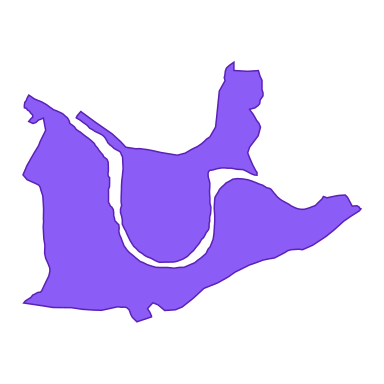 Nag Hammadi, Qina, Egypt
{"feature_id": "37247803B20461221508658", "entity_name": "Nag Hammadi", "entity_type": "district", "adm_level": 2, "iso_a3": "EGY", "parent_name": "Egypt", "parent_adm1": "Qina", "projection": "natural_earth1", "projection_center": [32.278, 26.068], "detail": "fine", "context": "isolated", "style": "filled", "palette": "violet", "viewbox_px": 384, "rotation_deg": 0, "n_neighbors": 0, "source": "geoboundaries", "source_scale": "gbopen_adm2", "svg_char_len": 5586}
<svg xmlns="http://www.w3.org/2000/svg" viewBox="0 0 384 384"><path d="M28.7,121.5L33.0,123.5L35.9,122.5L38.6,120.0L41.4,119.0L43.4,118.1L45.5,129.5L45.7,130.3L40.5,140.8L40.1,141.7L38.6,145.6L34.0,153.2L30.0,160.1L29.8,160.6L26.9,165.6L25.9,168.1L24.6,171.1L23.0,174.9L27.1,179.7L27.6,179.9L32.0,181.9L35.6,183.5L38.2,184.8L38.8,185.1L40.2,187.3L40.9,190.1L42.8,195.8L43.3,203.5L43.6,209.7L43.4,219.0L43.6,221.3L43.2,226.8L43.3,228.7L43.8,238.4L43.9,239.1L44.9,245.3L44.6,253.1L45.7,258.4L48.1,263.7L49.8,268.2L49.9,271.3L48.8,276.0L45.6,282.5L43.7,286.5L41.8,290.5L40.5,292.2L38.3,292.3L36.3,293.2L34.9,294.1L32.8,295.0L30.8,297.5L28.1,299.2L26.2,300.4L25.3,301.0L23.7,303.0L35.9,304.8L43.1,305.9L53.1,307.5L71.6,307.7L82.3,309.3L94.0,310.1L101.5,310.3L107.1,309.1L117.6,306.8L121.9,307.3L124.7,307.1L126.9,307.7L129.2,309.9L130.8,314.4L132.4,317.4L136.9,321.8L151.5,316.9L151.5,316.1L149.9,312.3L147.5,308.6L151.1,304.7L152.9,302.8L158.0,304.8L164.7,310.5L175.3,309.8L182.2,307.0L193.1,298.4L203.9,288.4L217.8,282.8L228.8,276.6L230.4,275.4L234.9,272.2L249.4,265.0L255.0,263.1L262.7,260.2L267.6,259.1L274.6,257.9L285.0,252.5L287.7,250.7L291.2,249.7L299.0,249.2L302.5,249.7L306.7,247.9L312.9,245.1L325.9,236.5L333.4,230.5L335.0,229.1L343.6,221.3L351.1,216.1L359.3,210.9L361.0,208.9L359.4,208.0L359.3,207.2L357.1,205.8L355.0,205.9L352.2,206.1L350.6,203.1L348.2,198.6L347.4,197.2L345.2,195.0L343.8,195.1L338.1,195.5L332.5,196.6L326.9,197.8L326.8,197.7L323.4,196.5L321.9,199.1L317.9,202.9L315.4,205.5L311.5,207.0L308.5,208.1L304.3,209.3L301.0,209.3L297.9,208.8L295.1,207.8L291.0,205.8L289.0,204.3L285.6,202.5L281.8,200.4L279.7,198.9L277.2,196.8L275.6,194.8L274.0,193.0L272.7,191.3L271.0,189.2L269.1,188.2L268.8,188.2L266.8,187.8L262.7,185.2L258.6,183.8L256.4,182.8L251.7,181.0L247.6,179.7L242.4,178.9L237.2,178.6L232.8,179.2L229.3,181.3L226.1,182.9L224.5,184.6L221.9,186.9L219.5,189.4L218.4,191.7L215.1,197.0L214.7,199.6L214.2,208.1L214.7,215.7L214.7,221.4L214.4,226.8L213.9,234.2L213.1,239.3L211.5,243.4L210.2,246.7L208.2,249.0L207.5,250.3L206.3,253.1L205.5,253.9L204.3,255.0L200.9,258.0L198.0,260.0L194.8,262.7L189.4,265.0L184.1,267.3L179.1,267.4L174.2,268.2L167.8,267.5L164.7,267.5L160.5,267.5L155.9,267.3L151.6,266.1L147.1,264.6L142.8,262.4L140.5,261.7L136.0,258.1L132.8,255.3L129.4,252.6L127.0,250.0L125.2,247.4L123.8,245.5L123.5,244.3L123.4,244.2L121.9,240.3L120.8,237.2L119.9,235.6L118.9,232.0L118.9,230.3L119.0,229.6L119.2,228.2L119.0,226.5L118.8,224.7L117.3,223.3L116.0,221.8L115.0,220.9L114.6,219.2L114.4,218.0L113.7,215.7L113.7,212.6L113.3,209.6L111.8,207.1L110.4,206.1L110.1,205.5L109.5,204.1L108.5,202.3L108.5,192.5L108.5,189.0L109.5,186.8L109.6,183.1L109.6,177.6L108.3,176.3L108.1,175.2L108.0,173.5L108.3,171.8L108.4,168.9L108.3,165.2L108.1,161.9L107.0,159.3L103.5,156.6L103.1,155.2L102.5,154.5L101.2,153.0L98.8,150.0L97.5,147.9L95.3,145.5L94.5,143.8L94.2,143.4L91.6,140.9L90.0,139.6L88.3,138.2L86.0,136.6L84.0,135.1L81.7,133.2L80.5,132.2L80.4,132.1L78.1,130.8L76.1,129.3L74.3,126.7L73.2,125.9L72.0,124.9L70.2,123.7L69.5,122.6L69.5,121.6L68.6,119.9L68.5,119.5L67.2,117.6L65.5,116.3L64.9,115.7L62.5,113.6L59.8,112.3L56.5,110.8L53.7,109.8L49.1,106.6L47.5,105.3L45.3,103.9L41.5,101.8L37.4,100.2L34.2,98.8L31.4,96.8L28.8,95.1L27.4,97.5L26.1,100.7L24.8,102.3L24.3,105.5L24.3,106.2L24.4,107.8L26.6,108.4L27.3,109.9L29.6,111.3L30.4,112.8L31.9,114.3L32.6,115.0L32.7,117.3L31.4,118.2L30.7,119.0L29.4,120.6L28.7,121.5ZM77.1,115.9L76.2,117.8L77.0,118.3L80.1,120.1L82.5,122.0L87.2,125.3L89.7,128.2L92.7,129.8L95.2,131.5L98.0,132.8L101.8,134.7L103.8,136.3L105.4,138.2L106.5,140.3L106.9,140.7L107.7,142.6L109.9,144.9L112.2,146.6L114.1,148.5L117.4,150.3L119.7,151.5L120.8,152.8L121.2,154.3L122.5,156.8L122.7,160.4L123.0,166.4L123.1,168.8L122.6,173.3L122.6,174.2L121.8,180.6L121.5,185.7L121.4,190.7L121.2,196.2L121.1,201.7L121.6,205.5L120.5,209.1L120.5,212.5L121.5,215.8L122.3,219.7L122.3,224.2L123.9,227.7L125.7,230.9L127.1,234.3L130.2,240.7L131.8,243.3L133.8,246.4L136.2,248.5L139.1,251.6L142.3,253.5L144.6,255.4L147.1,256.8L150.7,258.1L154.7,260.3L157.2,261.5L159.6,262.3L162.0,262.2L165.0,262.1L168.5,262.1L173.6,262.0L176.8,261.4L180.0,260.2L183.1,259.0L187.4,256.4L190.3,253.4L193.4,250.7L196.3,246.9L198.2,244.7L199.6,242.9L201.1,240.1L202.0,239.0L203.4,237.8L204.5,236.0L205.5,234.0L206.4,232.4L207.3,231.3L208.6,229.5L209.1,227.2L209.1,223.0L209.7,221.6L209.7,217.3L210.0,215.7L210.5,214.4L210.8,210.4L210.9,206.9L210.4,205.1L209.9,203.0L209.9,198.1L209.6,193.7L209.5,190.5L209.6,190.0L209.8,187.0L209.8,183.1L209.3,180.5L208.8,179.2L208.2,176.7L208.1,174.9L208.1,173.2L208.6,171.6L209.5,170.6L210.3,170.2L211.3,170.2L213.0,169.9L216.7,168.8L221.1,168.0L222.1,167.9L224.1,167.9L225.8,168.0L227.5,168.2L231.2,168.2L233.5,168.6L237.0,169.3L243.0,169.6L246.3,171.1L248.9,172.5L251.5,173.9L254.4,175.0L257.0,175.2L257.0,172.3L255.8,170.8L252.7,164.9L249.4,157.3L247.7,152.8L249.6,147.2L250.7,145.7L258.2,135.8L260.5,127.1L258.9,123.3L256.6,120.4L255.0,117.4L253.8,115.4L252.7,113.6L250.4,110.7L249.6,109.3L254.9,107.9L257.8,105.8L259.7,103.7L260.1,100.1L263.0,95.9L263.0,92.8L262.0,89.6L262.0,80.3L260.0,76.1L258.4,70.6L247.5,71.3L233.9,70.5L233.9,69.9L233.9,62.2L229.2,65.5L226.5,68.0L225.3,71.2L224.8,75.9L224.2,77.5L225.1,80.6L219.3,91.0L216.6,117.6L215.6,127.0L212.9,131.7L209.9,136.9L206.4,139.2L204.5,141.2L201.5,143.8L197.7,146.4L191.7,149.3L185.1,153.2L183.7,153.5L177.4,155.2L160.9,152.5L153.0,150.7L147.3,149.6L139.4,148.6L135.9,148.8L125.8,147.2L120.6,141.6L112.2,133.9L95.5,122.3L80.8,111.5L78.0,114.8L77.1,115.9Z" fill="#8b5cf6" stroke="#5b21b6" stroke-width="1.5"/></svg>